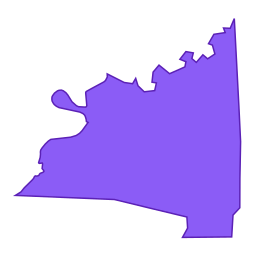 Claiborne, Mississippi, United States of America (orthographic projection)
{"feature_id": "52423323B39960691316428", "entity_name": "Claiborne", "entity_type": "district", "adm_level": 2, "iso_a3": "USA", "parent_name": "United States of America", "parent_adm1": "Mississippi", "projection": "orthographic", "projection_center": [-91.036, 32.005], "detail": "fine", "context": "isolated", "style": "filled", "palette": "violet", "viewbox_px": 256, "rotation_deg": 0, "n_neighbors": 0, "source": "geoboundaries", "source_scale": "gbopen_adm2", "svg_char_len": 1349}
<svg xmlns="http://www.w3.org/2000/svg" viewBox="0 0 256 256"><path d="M15.4,195.4L114.4,199.5L153.5,209.0L186.9,217.0L187.6,228.1L182.5,237.4L231.7,236.9L233.0,215.1L239.8,207.8L239.9,178.2L240.6,141.7L238.9,106.5L234.3,18.6L230.2,28.3L223.5,28.0L225.2,32.6L213.9,34.3L208.5,43.7L212.4,45.1L214.9,54.0L207.6,58.8L202.9,54.8L196.3,62.4L191.9,58.6L193.3,52.9L185.9,51.6L179.9,59.3L185.9,61.7L184.9,66.9L169.6,73.7L159.0,65.1L153.1,72.1L152.0,82.2L156.4,82.9L154.7,90.6L144.2,91.8L138.0,85.8L135.7,78.4L132.6,83.7L124.2,82.5L107.2,73.9L107.3,77.0L105.5,80.5L103.9,81.9L92.0,88.3L86.4,91.4L85.8,92.1L85.7,93.1L86.8,105.7L86.3,106.7L85.4,107.1L78.5,106.7L76.4,105.7L72.0,101.8L67.8,95.0L65.9,92.7L63.3,90.8L61.4,90.1L59.0,90.3L57.4,90.9L54.5,93.1L52.6,95.7L52.0,97.0L51.9,98.2L51.9,99.7L52.1,101.0L53.1,102.9L54.2,104.5L56.3,106.2L59.0,107.6L67.4,109.4L79.9,112.1L83.0,113.6L84.6,115.1L85.3,116.5L86.1,119.1L86.4,121.6L88.1,122.4L82.1,130.7L79.6,133.3L76.2,135.5L70.6,137.2L50.8,139.4L48.3,141.1L45.3,144.0L42.2,147.8L40.7,150.1L40.4,151.9L40.5,154.0L40.2,157.4L38.6,162.7L38.7,163.0L39.5,163.4L42.2,163.0L42.6,163.9L42.1,168.6L43.7,170.5L43.9,171.5L42.8,172.4L40.3,173.3L39.6,174.0L38.8,175.4L38.3,175.7L36.8,176.1L35.3,175.9L34.5,176.5L33.6,178.4L32.0,180.2L24.3,187.8L21.0,191.9L15.4,195.4Z" fill="#8b5cf6" stroke="#5b21b6" stroke-width="1.5"/></svg>